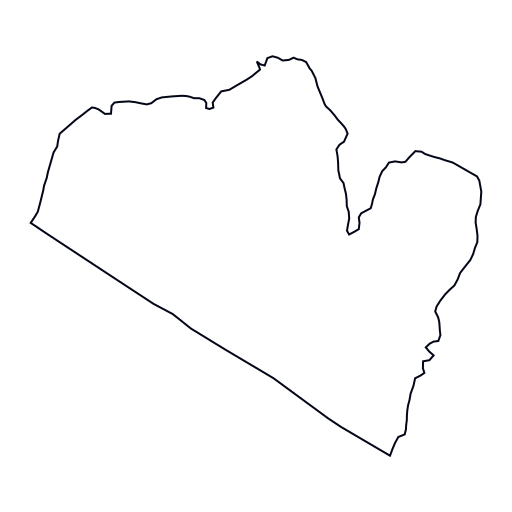 Kuria West, Nyanza, Kenya (Natural Earth projection)
{"feature_id": "3690345B86494009793520", "entity_name": "Kuria West", "entity_type": "district", "adm_level": 2, "iso_a3": "KEN", "parent_name": "Kenya", "parent_adm1": "Nyanza", "projection": "natural_earth1", "projection_center": [34.539, -1.202], "detail": "fine", "context": "isolated", "style": "outline", "palette": "ink", "viewbox_px": 512, "rotation_deg": 0, "n_neighbors": 0, "source": "geoboundaries", "source_scale": "gbopen_adm2", "svg_char_len": 2598}
<svg xmlns="http://www.w3.org/2000/svg" viewBox="0 0 512 512"><path d="M307.1,63.8L306.2,62.1L302.6,60.3L301.2,59.8L297.7,59.4L293.6,57.7L288.9,59.9L282.7,60.5L277.7,57.7L272.5,56.3L267.4,58.1L264.7,65.5L260.5,64.4L256.8,61.5L259.4,67.5L260.0,69.6L256.3,72.6L252.0,76.2L246.8,79.6L241.6,82.6L236.4,85.6L229.3,89.8L221.2,91.4L215.3,98.8L212.7,102.6L213.4,107.6L209.4,109.0L206.1,108.0L206.3,103.0L204.4,100.0L199.3,98.2L194.0,98.2L190.0,96.8L186.2,96.0L181.8,95.8L178.5,96.0L172.1,96.4L161.9,97.4L156.5,99.2L151.3,103.2L146.7,104.4L141.3,103.4L135.0,102.1L132.3,101.8L129.0,101.4L125.2,101.6L118.8,102.0L114.4,102.6L111.6,105.8L111.0,113.7L104.9,113.9L100.1,110.4L98.2,109.2L94.8,107.9L91.9,107.5L86.9,111.2L82.5,114.7L75.6,119.9L59.7,133.7L58.1,140.5L57.2,146.5L53.6,152.4L47.9,172.2L46.7,178.0L44.1,185.6L43.2,190.6L40.3,202.3L39.2,206.5L37.8,211.7L35.1,216.3L30.7,222.9L48.6,234.9L117.0,279.9L153.6,303.9L172.8,314.1L191.0,328.6L225.3,349.6L273.3,378.1L327.9,418.2L341.1,427.0L390.0,455.7L392.6,448.7L395.2,442.6L398.3,437.0L404.7,434.4L405.9,429.6L406.2,424.8L406.5,422.4L406.8,420.4L406.9,415.6L407.3,410.4L408.1,405.2L409.5,400.1L410.6,393.7L413.5,385.7L415.1,378.3L420.6,375.5L424.4,372.9L422.9,368.3L423.1,361.3L429.4,360.2L433.6,355.4L429.3,351.6L425.8,347.4L429.5,343.8L433.5,341.6L438.3,341.0L440.4,335.2L439.8,330.0L439.7,328.0L439.5,325.0L439.2,321.6L438.2,317.6L437.6,316.2L435.2,311.5L436.6,306.5L440.4,300.5L445.2,294.3L449.9,289.5L454.4,285.5L457.7,279.3L460.1,273.0L462.7,269.6L466.0,265.4L470.2,260.2L473.1,254.2L475.0,247.8L477.3,242.2L477.5,235.8L476.6,228.5L475.6,222.5L475.9,216.7L477.8,210.7L480.4,204.3L481.3,191.6L479.3,180.6L477.0,176.4L469.4,172.1L458.6,165.9L453.2,162.8L452.2,162.4L450.3,161.8L449.0,161.4L445.2,160.3L441.0,158.8L439.9,158.4L437.4,157.8L434.0,156.9L429.5,155.5L425.1,154.0L421.5,151.7L419.3,151.5L416.9,151.3L415.4,151.1L409.4,157.2L405.4,161.8L401.6,162.4L395.0,161.4L388.9,162.6L386.0,167.2L382.2,171.2L379.6,176.8L378.3,182.2L376.4,188.0L374.9,194.3L373.0,199.2L372.5,201.3L372.1,203.6L370.7,208.3L366.4,210.5L361.2,213.3L358.8,217.3L359.5,222.9L358.8,229.1L354.1,231.9L349.1,234.5L347.0,230.7L348.0,224.7L349.2,218.5L348.7,211.7L346.8,206.1L346.6,199.3L345.9,193.6L344.7,188.8L343.5,183.0L340.0,178.4L338.3,170.2L338.1,162.4L337.6,156.4L336.4,149.4L339.5,144.7L344.0,141.7L347.6,133.6L345.8,129.2L344.1,126.6L341.2,123.3L337.7,119.6L334.6,115.4L330.6,110.7L329.4,109.5L326.1,106.5L324.8,104.5L323.2,100.4L322.7,98.9L320.5,93.6L317.5,86.4L315.4,78.1L311.7,70.8L309.5,68.2L308.2,65.8L307.1,63.8Z" fill="none" stroke="#020617" stroke-width="2"/></svg>